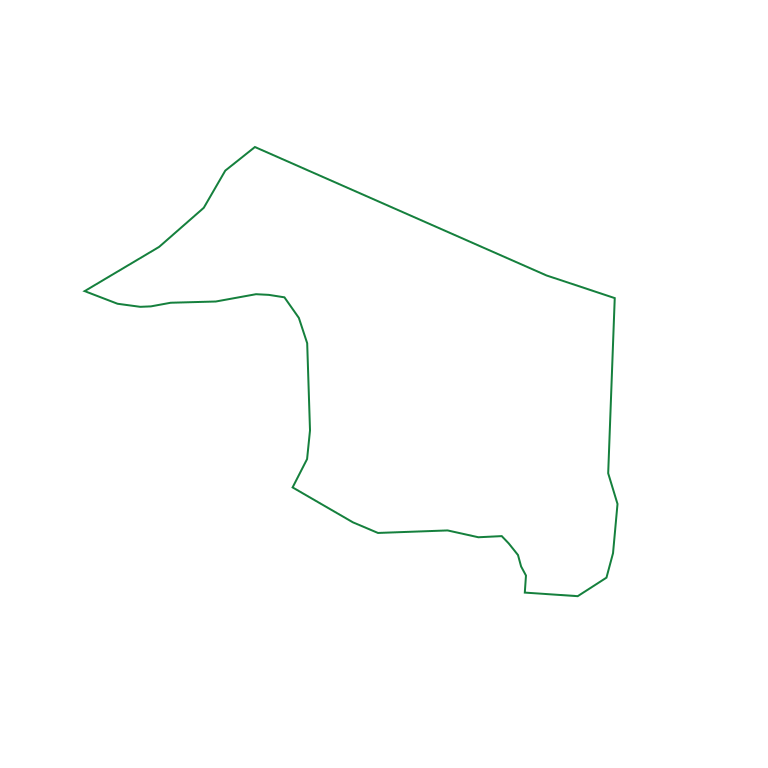 outline of Ribnica, rotated 339°
{"feature_id": "SVN-218", "entity_name": "Ribnica", "entity_type": "Municipality", "adm_level": 1, "iso_a3": "SVN", "parent_name": "Slovenia", "parent_adm1": "", "projection": "orthographic", "projection_center": [14.692, 45.729], "detail": "fine", "context": "isolated", "style": "outline", "palette": "green", "viewbox_px": 768, "rotation_deg": 339, "n_neighbors": 0, "source": "natural_earth", "source_scale": "10m", "svg_char_len": 598}
<svg xmlns="http://www.w3.org/2000/svg" viewBox="0 0 768 768"><g transform="rotate(339 384 384)"><path d="M137.8,190.0L223.2,175.4L278.9,154.9L312.3,127.9L348.4,116.5L574.6,340.9L630.2,386.5L561.3,547.7L559.0,579.7L537.2,624.0L522.3,644.5L488.8,651.5L440.7,629.2L447.9,613.7L446.6,603.5L447.8,591.7L443.3,577.5L439.4,568.2L417.2,560.9L390.9,543.5L325.0,520.9L305.4,502.0L261.6,447.8L285.3,426.5L298.3,400.8L326.9,318.4L328.2,291.8L322.1,267.4L308.4,259.5L296.7,254.3L256.5,246.7L214.0,231.7L194.2,228.0L184.1,224.6L164.0,213.6L137.8,190.0Z" fill="none" stroke="#15803d" stroke-width="2"/></g></svg>